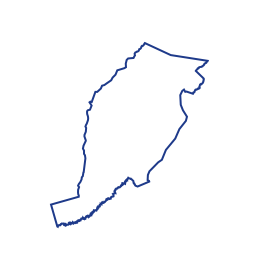 the district of Sena Madureira, Acre, Brazil, rotated 344°
{"feature_id": "56859067B34860614425880", "entity_name": "Sena Madureira", "entity_type": "district", "adm_level": 2, "iso_a3": "BRA", "parent_name": "Brazil", "parent_adm1": "Acre", "projection": "mercator", "projection_center": [-69.608, -9.772], "detail": "fine", "context": "isolated", "style": "outline", "palette": "blue", "viewbox_px": 256, "rotation_deg": 344, "n_neighbors": 0, "source": "geoboundaries", "source_scale": "gbopen_adm2", "svg_char_len": 5747}
<svg xmlns="http://www.w3.org/2000/svg" viewBox="0 0 256 256"><g transform="rotate(344 128 128)"><path d="M64.7,201.2L65.1,201.1L65.3,201.2L64.8,201.4L65.2,201.9L65.1,202.2L65.3,202.5L65.6,202.5L65.6,202.8L65.9,202.7L65.8,202.3L66.3,201.8L66.9,202.0L67.3,202.0L67.6,201.7L67.9,201.9L68.2,201.9L68.0,201.4L68.3,201.2L68.1,201.1L68.0,200.8L68.6,200.4L68.6,200.0L69.0,200.0L69.1,199.7L69.3,199.7L69.5,199.9L69.7,200.7L70.0,200.4L70.1,200.0L70.4,199.9L70.6,200.1L70.8,199.9L70.7,199.5L71.0,199.6L71.3,199.3L71.8,199.2L71.7,198.9L72.0,198.9L72.0,199.1L72.3,199.1L72.5,198.9L72.2,198.1L72.3,197.8L72.5,197.6L73.0,197.9L73.2,198.1L73.9,198.0L74.4,198.1L74.4,198.4L74.9,198.7L75.0,198.6L75.2,198.0L75.6,197.9L75.9,197.3L76.4,197.4L76.7,197.3L76.5,196.1L76.6,195.8L77.0,195.6L77.7,196.0L77.9,195.2L78.7,195.6L78.9,195.4L79.3,195.5L79.4,195.1L79.3,194.8L79.4,194.5L79.6,194.3L79.7,194.0L80.6,194.1L80.8,193.9L80.9,193.4L81.3,193.8L81.4,193.2L81.7,193.1L82.2,193.4L82.5,193.1L82.2,192.8L82.4,192.5L82.8,192.2L83.0,192.5L83.5,193.2L83.9,193.3L84.6,192.5L84.9,192.8L85.3,192.8L85.8,192.3L86.9,191.8L87.5,190.5L88.0,190.4L88.0,191.1L88.4,191.3L88.9,190.5L89.3,190.1L89.6,190.0L89.9,190.2L90.1,190.9L90.5,191.1L90.8,190.8L91.1,190.8L91.6,191.2L91.9,191.2L92.0,190.7L92.5,190.3L92.5,190.0L93.0,189.6L93.6,189.6L94.3,189.8L94.9,189.6L95.2,189.7L95.4,189.5L95.5,188.3L95.7,187.8L95.4,187.2L95.7,187.1L96.6,187.2L97.3,186.9L97.9,187.2L97.9,186.6L97.9,186.3L97.6,186.0L97.5,185.0L97.7,184.8L98.0,185.0L99.0,184.1L98.9,183.6L99.1,183.4L99.5,183.3L99.8,183.0L100.1,183.0L100.7,183.3L101.3,183.2L101.5,183.0L101.6,182.7L102.2,182.6L102.4,182.2L102.6,182.2L103.3,182.7L103.6,182.8L103.9,182.7L104.4,182.3L104.8,182.2L105.1,182.1L105.2,181.5L105.5,181.2L106.1,181.0L106.4,181.2L106.5,181.4L106.8,181.4L107.1,181.0L107.2,179.5L107.5,179.5L107.6,180.3L107.8,180.5L108.2,180.0L108.4,180.1L108.7,180.5L109.3,180.2L109.6,180.3L109.9,180.7L110.0,180.5L109.9,180.2L109.9,179.9L110.1,179.7L110.6,179.4L110.8,179.1L110.7,178.9L110.2,178.9L110.4,178.6L111.3,178.8L111.6,178.7L111.5,178.0L111.9,177.8L112.2,177.8L112.7,178.0L112.7,177.7L112.5,177.3L112.9,177.2L113.3,176.8L113.7,176.9L114.0,176.8L114.1,176.3L114.5,175.9L115.1,176.7L115.6,176.9L116.3,177.3L116.4,177.6L116.8,177.6L116.9,177.9L117.4,178.4L118.0,179.6L118.3,179.9L118.5,180.2L118.5,180.9L118.4,181.2L118.4,181.8L118.2,182.2L118.3,182.6L118.8,183.0L118.9,183.4L118.7,183.9L119.1,184.6L119.1,185.2L119.5,185.7L119.8,185.9L121.1,186.9L133.5,185.4L134.4,185.2L134.0,185.1L132.5,183.5L134.2,178.6L136.7,175.5L147.6,169.3L151.8,167.9L158.4,159.5L170.5,151.2L177.1,143.2L185.6,137.1L187.8,133.4L185.7,126.1L185.1,120.3L187.3,110.8L190.4,107.3L192.4,106.5L193.0,109.0L194.3,109.1L199.9,113.0L200.1,112.8L200.0,112.5L200.3,112.1L200.5,111.9L200.9,111.8L201.2,112.0L202.0,111.6L202.3,110.9L203.3,109.8L203.6,109.7L204.2,109.9L204.5,110.1L205.1,109.8L205.7,109.8L205.8,109.4L206.1,109.3L206.4,109.3L206.9,109.6L207.5,109.6L207.9,109.3L208.0,109.0L207.7,108.8L208.0,107.9L208.3,107.7L208.4,107.4L208.6,107.2L209.0,106.6L209.1,106.3L209.3,106.1L210.0,106.2L210.0,105.9L210.3,105.7L211.2,105.9L211.4,105.8L212.4,105.2L212.7,104.9L212.7,104.6L213.0,104.4L213.5,103.7L213.5,103.4L214.2,102.5L214.1,101.7L214.4,101.3L208.9,91.8L209.0,91.6L210.1,91.0L210.6,90.6L211.3,90.4L211.5,89.9L211.8,89.8L212.2,90.0L212.5,89.9L212.8,89.7L213.0,89.3L214.0,89.2L215.6,89.5L215.9,89.2L216.3,89.1L216.7,89.2L217.2,88.8L218.0,88.6L218.4,88.1L218.7,88.1L218.9,87.9L219.2,87.3L219.4,87.2L220.0,87.1L220.5,86.9L220.8,87.0L221.2,86.9L221.7,86.1L222.7,85.9L223.1,85.4L189.2,69.7L167.6,51.0L167.1,51.4L167.0,51.7L166.7,51.8L166.6,52.1L166.2,52.3L165.9,52.6L165.6,52.8L165.0,53.0L164.7,53.2L164.1,52.9L163.6,53.2L163.2,53.6L162.9,54.3L162.6,54.6L162.0,55.1L161.2,55.4L160.6,55.3L159.6,56.7L158.3,57.2L157.7,57.0L156.5,57.4L155.9,57.4L155.0,58.2L154.8,58.5L154.7,60.2L154.1,60.6L152.6,62.2L147.3,61.2L145.5,62.2L143.6,65.5L142.8,69.0L141.0,69.5L133.6,69.6L130.7,73.3L127.1,75.3L125.0,77.5L119.9,79.2L117.1,80.2L114.7,80.2L112.8,82.6L108.4,84.8L106.6,84.3L100.3,93.0L99.1,92.3L98.1,92.7L99.2,96.4L96.5,99.9L94.2,99.9L93.6,100.3L93.1,101.1L92.6,103.3L92.7,105.8L92.4,107.7L91.7,109.4L89.6,112.4L88.2,113.8L87.7,114.7L87.5,114.9L87.8,116.4L86.4,120.0L84.3,122.6L83.8,124.1L84.0,128.1L83.9,128.7L80.4,132.7L79.0,135.4L79.5,137.6L78.6,140.7L79.1,142.4L78.7,145.4L73.2,158.3L72.9,158.4L71.3,161.8L70.0,162.7L69.2,164.6L67.3,166.8L65.3,168.3L64.1,169.7L64.7,171.3L63.0,173.7L62.2,176.2L61.9,178.0L62.1,179.2L61.7,180.5L32.9,180.4L32.9,203.2L33.2,203.5L33.4,203.0L34.0,202.9L34.4,202.4L34.8,202.6L35.3,202.4L35.7,202.6L36.0,202.6L36.2,202.8L36.4,202.7L36.9,201.9L37.2,202.0L37.6,202.0L38.0,201.6L38.6,201.9L39.4,201.9L39.7,202.1L39.9,202.4L40.6,202.6L40.3,202.9L39.8,202.9L39.7,203.5L40.1,204.0L40.4,204.1L41.2,204.0L41.5,204.3L41.5,204.6L42.4,204.3L42.3,203.8L42.8,204.2L43.2,204.2L43.7,204.5L44.0,204.4L43.9,204.1L44.4,204.0L44.8,203.8L45.1,204.0L45.1,203.7L45.3,203.1L45.2,202.8L45.5,202.7L46.0,202.8L45.8,203.6L46.0,203.7L46.3,203.6L46.6,203.4L46.8,203.5L46.9,204.4L47.4,204.1L47.6,203.8L48.6,204.5L48.6,204.2L48.5,203.9L48.8,203.5L48.9,203.8L49.1,203.9L49.9,203.9L49.9,204.1L50.1,204.4L50.6,204.5L50.8,204.7L51.4,204.2L51.6,204.1L51.8,204.4L51.9,204.9L53.0,205.0L53.1,204.7L53.2,203.6L53.6,203.5L54.3,203.6L54.5,203.9L55.0,203.9L54.8,203.4L54.9,203.0L55.6,203.1L55.7,203.3L55.9,203.9L56.2,203.8L56.4,203.6L57.0,203.7L57.4,202.7L57.6,202.6L58.2,202.6L58.4,202.2L59.0,202.5L59.7,201.9L59.8,202.2L59.8,202.9L60.0,203.1L60.3,203.1L60.4,202.2L60.6,202.5L61.0,203.5L61.5,203.2L61.7,203.6L61.9,203.6L62.1,203.5L62.2,202.5L62.5,202.3L63.8,202.0L64.1,201.8L63.7,201.6L63.6,201.4L63.8,201.3L64.6,201.4L64.7,201.2Z" fill="none" stroke="#1e3a8a" stroke-width="2"/></g></svg>